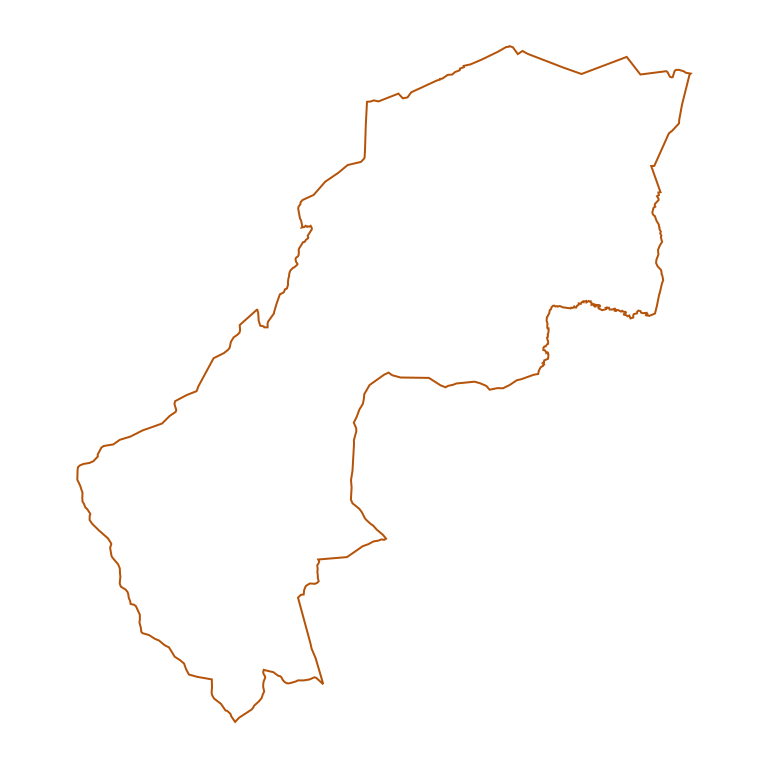 Marginea, Suceava, Romania (orthographic projection)
{"feature_id": "2599482B12450420529087", "entity_name": "Marginea", "entity_type": "district", "adm_level": 2, "iso_a3": "ROU", "parent_name": "Romania", "parent_adm1": "Suceava", "projection": "orthographic", "projection_center": [25.809, 47.767], "detail": "fine", "context": "isolated", "style": "outline", "palette": "amber", "viewbox_px": 768, "rotation_deg": 0, "n_neighbors": 0, "source": "geoboundaries", "source_scale": "gbopen_adm2", "svg_char_len": 6063}
<svg xmlns="http://www.w3.org/2000/svg" viewBox="0 0 768 768"><path d="M235.1,721.9L239.1,717.7L251.5,709.6L253.1,707.8L254.0,705.8L259.0,701.3L261.6,698.1L262.8,694.4L264.2,691.5L263.2,687.2L263.2,684.6L263.6,681.6L265.2,677.7L265.0,676.2L263.7,674.3L263.2,672.1L263.7,669.9L273.4,672.2L278.1,675.7L280.3,676.3L281.3,677.1L282.8,680.0L284.6,682.0L286.5,683.1L288.1,683.4L290.3,683.1L296.0,681.4L297.9,680.4L303.7,680.4L309.3,679.5L314.5,677.3L316.3,677.9L322.6,683.7L323.0,683.3L315.6,658.1L311.6,648.7L310.5,643.6L298.0,597.6L300.9,594.8L303.7,594.5L304.1,590.3L305.4,586.8L306.3,585.6L309.8,583.5L315.1,583.8L317.4,582.7L318.7,581.2L317.8,578.1L317.9,576.2L317.3,571.4L317.7,570.0L317.3,565.2L318.5,563.4L319.2,561.5L318.2,559.5L347.0,557.1L362.7,546.2L368.3,544.2L373.6,541.4L378.5,540.6L381.3,539.4L384.2,539.8L386.1,538.7L383.0,534.9L376.7,529.6L373.2,525.6L370.5,523.8L366.4,520.0L364.9,518.3L361.9,512.3L359.3,508.8L352.5,503.3L350.9,499.6L351.6,487.5L351.0,480.2L352.5,470.7L354.0,444.3L353.9,440.2L356.3,431.4L356.2,428.2L353.8,422.7L356.7,416.8L359.4,409.5L362.9,403.8L364.0,398.0L364.2,394.3L369.6,385.0L384.1,374.7L388.6,372.6L392.1,375.2L400.6,377.5L428.9,377.9L440.7,385.4L445.6,387.3L448.0,385.9L453.4,384.7L456.2,383.5L474.6,381.7L480.2,383.3L486.3,385.9L489.6,389.7L497.5,388.1L502.9,388.3L509.7,385.0L516.7,380.3L521.3,379.2L533.9,374.7L538.2,374.0L538.8,370.8L540.7,367.2L543.0,365.9L543.1,365.0L544.1,364.6L543.7,363.8L543.9,363.0L542.9,362.8L544.1,361.7L544.2,360.4L548.0,358.8L548.5,355.0L547.9,354.1L548.2,353.3L547.9,352.6L547.3,352.3L546.3,352.9L546.2,352.1L544.7,350.2L543.4,350.1L543.4,347.7L544.6,346.4L545.6,346.4L547.2,344.2L548.1,343.8L548.1,341.0L547.4,339.6L547.0,337.6L547.8,337.0L548.0,335.3L547.6,334.6L548.3,333.2L548.7,329.7L548.5,328.3L547.6,328.5L547.3,327.8L547.3,324.7L547.6,323.8L546.6,320.8L546.9,317.1L547.4,316.7L549.3,313.0L549.8,310.0L550.9,309.4L551.6,307.2L553.0,305.8L554.2,305.6L555.3,306.5L556.9,306.1L557.6,306.6L559.7,306.0L562.8,307.3L570.7,308.4L571.2,307.7L572.4,308.0L573.5,307.4L574.2,306.5L575.0,307.5L576.2,307.5L577.0,305.8L578.6,304.8L578.7,303.4L580.8,303.9L581.1,303.0L582.2,302.1L583.2,302.2L582.9,301.5L583.6,301.2L584.3,301.5L586.2,301.0L586.5,302.4L588.6,301.0L589.7,301.5L590.6,301.3L590.7,302.2L591.5,302.7L591.5,304.8L593.2,304.0L594.9,304.6L593.8,305.6L595.0,306.7L595.8,306.4L595.9,305.4L596.5,304.9L599.5,305.2L600.0,305.9L599.9,306.5L598.3,306.9L598.6,308.4L602.3,310.2L606.2,309.1L606.4,308.4L605.9,307.8L607.0,307.4L607.6,308.0L608.9,307.7L609.6,309.5L612.3,309.5L614.8,308.6L615.2,309.0L614.6,310.6L615.6,311.0L616.4,310.8L616.8,310.0L618.3,310.1L621.0,311.6L622.3,310.8L623.2,311.7L625.5,311.9L625.9,312.4L625.7,313.0L625.2,313.8L623.9,314.1L623.9,314.6L626.2,315.2L627.6,316.3L629.3,315.5L630.5,318.4L633.3,317.5L633.2,315.7L633.8,314.1L637.0,313.3L637.2,311.7L638.4,310.6L640.5,311.1L641.0,312.6L642.8,313.2L646.7,312.8L647.3,313.8L646.2,314.2L645.9,315.1L646.7,315.6L647.5,315.4L649.3,315.9L655.0,313.5L656.9,305.8L659.3,293.9L659.6,293.6L662.0,283.3L663.2,280.2L662.3,275.5L661.5,273.8L661.6,272.3L660.9,269.8L657.6,266.3L656.1,263.0L656.4,259.8L658.4,254.6L658.0,250.0L659.8,245.5L662.1,241.9L660.9,237.3L661.4,235.7L660.2,233.4L660.8,231.7L659.4,228.9L659.5,227.4L659.0,226.7L658.8,224.5L656.5,220.8L654.9,216.1L653.7,215.4L652.5,213.5L652.4,212.1L653.5,207.8L655.3,206.7L654.7,205.6L655.0,203.9L658.6,200.0L658.6,198.9L657.0,196.2L658.9,195.2L658.4,192.5L660.5,192.2L651.2,166.0L654.3,165.9L668.9,133.3L672.1,130.8L679.0,123.4L679.2,120.0L682.0,104.7L689.5,74.8L690.7,73.6L685.7,72.7L683.8,71.3L678.8,69.8L676.0,69.9L674.6,71.0L672.7,77.1L671.8,77.4L670.0,76.8L667.4,72.0L666.2,71.2L640.4,74.5L626.7,56.9L581.5,74.0L563.4,67.6L527.8,53.9L522.5,51.0L517.8,54.1L512.9,47.3L509.5,46.1L509.0,46.7L506.0,47.1L498.2,51.6L481.7,59.6L470.4,64.4L463.6,65.9L463.9,67.2L459.9,68.6L459.8,70.0L459.2,70.5L454.9,72.1L452.3,74.5L447.7,74.9L442.2,78.7L439.9,78.9L439.8,79.7L436.8,80.5L411.2,92.3L407.5,97.4L402.8,98.3L398.4,93.6L378.5,101.4L373.8,100.4L370.6,101.5L367.0,101.8L365.8,124.7L365.0,150.1L364.6,157.5L364.0,158.7L361.0,161.9L347.8,165.0L346.6,165.9L338.3,172.8L325.2,181.7L313.7,194.9L302.6,200.0L300.6,202.1L300.4,204.2L298.5,206.8L298.2,208.7L300.0,218.6L301.0,220.2L302.3,226.3L301.7,227.5L304.4,227.0L305.6,225.8L307.1,226.8L307.5,226.3L309.2,226.7L310.6,225.8L311.8,228.0L311.8,229.3L307.7,235.8L308.3,237.8L308.0,238.3L305.9,239.9L304.6,241.9L303.0,242.2L299.1,248.5L298.6,250.2L298.9,252.1L298.6,255.0L298.0,256.3L295.9,257.9L295.5,259.2L296.0,261.6L297.5,264.0L297.4,264.6L294.2,267.4L293.0,267.8L290.4,270.5L289.3,273.4L289.0,276.7L288.4,278.4L287.9,282.8L288.1,284.6L286.9,288.5L284.9,289.4L284.1,291.8L283.2,292.7L279.9,294.3L276.8,303.0L274.0,312.4L274.1,313.2L268.1,321.6L267.6,323.5L267.6,327.3L264.2,327.3L263.7,326.4L260.3,325.7L258.7,320.9L258.2,312.9L257.3,309.8L256.9,309.7L239.7,325.1L240.1,330.2L239.5,332.7L237.4,334.8L233.7,337.3L230.9,341.8L229.7,347.7L228.2,349.7L223.9,353.1L213.6,358.2L198.5,386.1L196.6,391.1L186.6,395.1L175.2,401.1L174.4,403.8L176.3,410.1L175.7,411.8L169.6,416.0L162.1,423.5L142.4,430.5L130.3,436.6L119.8,439.8L113.3,444.4L103.7,446.0L101.4,447.6L97.7,454.5L97.8,456.5L93.4,461.2L89.3,463.0L83.6,463.9L79.9,465.4L78.0,467.2L77.6,469.7L77.3,479.7L80.1,485.5L82.5,492.8L82.3,498.0L82.5,501.5L84.0,503.9L85.4,507.5L87.2,509.1L90.1,513.5L90.3,514.4L89.7,515.8L89.6,520.0L92.1,523.7L98.8,530.3L108.0,538.4L111.2,543.5L111.2,544.6L110.1,547.7L111.5,555.9L112.5,557.7L118.1,564.3L119.8,568.4L120.0,573.6L120.4,576.4L119.7,583.3L120.3,585.1L120.9,586.7L125.6,589.6L127.5,591.9L128.2,593.9L128.8,598.0L130.1,600.9L130.6,604.0L133.9,604.7L135.8,606.0L139.8,614.6L139.9,619.8L139.4,622.2L140.9,628.1L141.3,631.8L142.4,633.1L149.1,635.1L155.0,638.9L159.0,640.5L164.8,645.3L169.0,647.4L174.7,656.7L180.5,660.5L184.1,663.6L186.1,669.3L189.0,674.6L197.5,676.9L211.8,679.4L212.0,687.1L211.6,692.7L212.1,695.1L214.0,698.5L221.0,703.9L225.5,710.5L227.1,710.8L230.4,713.8L231.2,716.2L235.1,721.9Z" fill="none" stroke="#b45309" stroke-width="2"/></svg>